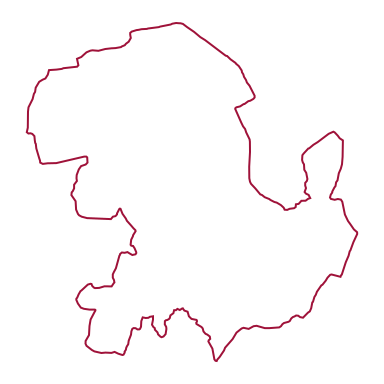 Jutiapa, Jutiapa, Guatemala (Albers equal-area conic projection)
{"feature_id": "79465075B37757283668569", "entity_name": "Jutiapa", "entity_type": "district", "adm_level": 2, "iso_a3": "GTM", "parent_name": "Guatemala", "parent_adm1": "Jutiapa", "projection": "albers", "projection_center": [-89.932, 14.311], "detail": "fine", "context": "isolated", "style": "outline", "palette": "rose", "viewbox_px": 384, "rotation_deg": 0, "n_neighbors": 0, "source": "geoboundaries", "source_scale": "gbopen_adm2", "svg_char_len": 4777}
<svg xmlns="http://www.w3.org/2000/svg" viewBox="0 0 384 384"><path d="M342.9,140.4L339.7,138.3L337.8,135.7L334.7,132.4L333.4,131.7L328.7,133.8L317.7,142.1L313.4,144.8L309.2,148.3L308.3,148.5L303.6,153.6L302.4,155.2L302.1,160.0L302.8,162.4L304.0,164.4L304.3,169.8L306.2,172.8L307.4,179.0L306.9,180.9L305.2,182.9L305.2,185.6L306.0,188.1L304.6,192.0L305.9,193.6L308.6,194.9L310.2,198.1L308.0,198.9L305.6,200.7L301.4,200.8L298.6,203.9L295.9,204.3L295.7,207.0L294.1,208.2L289.6,208.8L287.2,209.9L284.6,209.7L283.7,207.7L280.9,205.1L276.7,202.6L274.4,202.0L270.3,199.9L269.4,199.1L264.7,197.2L262.0,195.0L260.3,194.4L255.3,188.4L251.0,183.8L250.0,181.7L249.3,178.2L249.2,166.7L250.0,152.0L249.9,141.7L249.6,139.4L246.2,132.4L245.1,129.0L243.1,126.4L241.3,122.7L235.2,108.9L235.4,108.1L236.4,107.3L240.1,106.4L243.6,104.1L244.5,104.0L248.3,101.2L250.3,100.7L253.4,98.9L254.6,97.5L254.6,95.7L249.5,85.7L246.9,82.5L246.0,80.0L244.0,76.8L243.3,74.3L242.0,72.3L241.7,70.5L238.8,66.1L235.9,63.6L235.6,63.0L230.5,59.3L227.1,56.0L225.7,55.7L205.1,40.1L200.3,37.1L194.1,31.9L187.1,27.1L182.9,23.9L180.6,23.3L178.5,23.2L176.1,23.0L172.3,23.7L170.7,24.5L160.1,26.6L158.9,27.1L148.0,28.5L146.9,28.9L141.5,29.2L138.8,29.8L136.5,30.1L133.0,31.2L131.7,31.6L130.2,32.9L130.2,34.7L130.8,38.0L128.7,41.7L125.9,43.8L124.8,45.2L121.7,46.5L121.0,47.1L115.4,48.1L111.5,48.3L105.3,49.0L98.4,50.8L92.4,50.3L90.3,50.7L86.5,52.3L83.7,54.8L81.3,57.0L77.0,58.8L78.4,65.3L77.1,66.7L63.4,68.2L61.8,68.9L56.5,69.6L49.0,70.1L47.8,74.7L46.9,76.1L45.4,78.5L42.6,79.7L39.2,81.8L35.7,87.7L35.1,91.9L33.9,93.9L32.6,99.1L28.5,107.3L28.0,111.5L27.8,127.7L26.8,132.2L28.4,133.5L30.5,133.3L32.3,133.9L34.4,136.1L34.8,140.3L35.2,142.9L35.8,143.9L36.3,148.4L39.2,158.2L39.7,159.7L40.0,160.6L40.1,161.5L40.2,162.6L42.8,163.9L47.6,163.3L56.3,163.1L84.2,156.6L86.3,156.6L87.2,157.4L87.5,162.6L85.7,164.5L81.1,166.1L78.8,169.4L76.7,175.0L76.5,178.3L76.9,181.0L74.1,184.7L74.1,188.4L72.8,191.1L71.7,192.4L71.4,195.1L75.6,201.2L76.1,209.6L78.0,214.0L79.1,215.3L81.7,216.7L87.1,218.1L110.9,219.1L112.9,216.7L115.5,216.1L117.0,214.4L117.0,213.5L119.3,209.0L119.9,208.6L120.5,208.8L122.5,213.8L125.8,218.5L126.9,220.8L131.2,225.6L133.4,228.2L134.7,229.5L135.4,230.2L135.6,231.2L133.1,235.2L132.9,236.3L131.2,239.7L130.6,244.8L131.3,245.7L133.1,246.0L134.6,248.3L136.2,252.1L136.3,253.0L135.5,254.3L132.3,255.0L128.7,252.9L127.5,252.1L124.6,252.8L121.9,252.5L120.1,254.0L119.9,255.0L119.4,255.7L115.9,268.3L113.8,272.2L112.8,274.4L112.8,277.7L114.0,280.1L114.4,282.5L113.8,283.1L111.6,286.4L110.4,286.4L104.5,286.3L99.2,287.9L95.0,288.1L93.9,287.6L92.2,285.9L91.5,284.0L90.4,283.8L87.8,284.6L81.3,290.6L80.5,291.1L78.6,294.4L77.2,297.7L76.4,298.6L76.3,299.8L77.9,303.5L80.8,307.6L83.9,308.8L89.5,309.6L94.6,309.6L95.3,309.8L95.4,310.5L95.1,311.1L94.6,311.9L90.6,319.5L89.5,326.0L89.0,335.1L85.6,341.0L85.6,342.1L85.5,343.6L86.5,345.8L91.9,350.0L94.4,351.4L101.4,353.0L105.5,352.6L111.5,352.9L114.6,351.9L118.3,353.7L122.4,355.0L123.5,354.7L124.7,352.6L124.6,351.7L125.9,349.7L126.2,347.9L126.9,346.3L128.2,344.3L128.7,340.7L131.0,334.7L131.4,331.3L132.3,328.9L133.5,328.1L135.6,328.2L137.4,329.4L139.2,329.4L140.0,328.9L141.0,326.8L141.3,321.1L142.7,317.4L145.7,318.0L148.4,317.8L149.9,316.8L153.0,316.3L153.0,319.7L152.0,324.7L153.3,326.9L154.8,328.2L154.9,329.7L157.5,332.4L158.1,334.4L160.5,336.7L161.6,337.2L163.5,336.5L165.6,334.1L166.4,329.0L166.2,326.9L164.8,324.4L164.9,321.1L165.8,320.3L167.5,319.9L169.1,318.9L169.8,318.0L170.4,315.4L173.4,313.2L174.1,310.2L175.9,310.2L177.4,308.9L179.8,310.0L182.3,308.4L182.9,308.4L183.1,308.9L184.4,310.6L187.6,311.7L188.9,316.3L191.5,318.9L196.5,319.9L196.9,320.6L197.0,321.2L196.8,321.9L196.2,322.9L196.5,324.0L201.5,327.0L202.7,328.4L203.5,331.5L205.5,333.8L207.3,334.6L209.8,336.5L210.2,338.9L208.7,340.3L208.4,341.5L212.4,348.6L214.4,359.4L215.5,360.8L216.7,361.0L217.3,359.6L219.7,356.9L224.0,350.5L225.1,347.7L232.6,339.1L236.5,332.6L241.6,328.5L243.5,327.8L248.7,328.9L253.6,326.2L256.6,325.8L264.7,328.1L269.7,328.1L279.2,327.4L281.0,326.2L282.4,324.2L284.0,323.0L288.5,321.8L289.8,321.0L291.2,318.5L292.8,317.1L294.6,316.4L296.1,315.5L298.2,315.7L300.1,317.1L303.0,317.7L308.0,312.6L309.8,311.4L311.2,308.2L312.3,302.4L313.0,301.8L314.4,297.0L315.8,294.8L316.9,291.8L321.3,285.4L322.5,284.7L325.7,280.7L327.5,277.7L330.2,274.8L331.6,274.5L340.5,276.8L341.0,275.4L341.8,274.6L345.8,262.2L348.6,255.7L349.7,251.3L350.4,250.4L353.4,242.2L357.2,234.0L357.1,232.2L353.9,229.4L350.4,224.3L348.0,221.0L344.9,214.5L342.3,201.8L340.9,199.6L337.8,199.0L334.7,199.8L330.9,198.9L330.0,197.5L330.8,194.6L332.2,192.6L332.3,191.5L334.4,187.5L335.5,186.1L336.1,182.3L337.5,180.4L338.8,173.3L340.8,168.7L342.0,164.3L342.6,156.8L342.9,140.4Z" fill="none" stroke="#9f1239" stroke-width="2"/></svg>